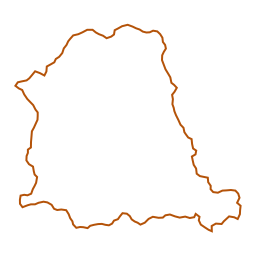 the district of Itaverava, Minas Gerais, Brazil
{"feature_id": "56859067B81013948598468", "entity_name": "Itaverava", "entity_type": "district", "adm_level": 2, "iso_a3": "BRA", "parent_name": "Brazil", "parent_adm1": "Minas Gerais", "projection": "orthographic", "projection_center": [-43.608, -20.678], "detail": "fine", "context": "isolated", "style": "outline", "palette": "amber", "viewbox_px": 256, "rotation_deg": 0, "n_neighbors": 0, "source": "geoboundaries", "source_scale": "gbopen_adm2", "svg_char_len": 2353}
<svg xmlns="http://www.w3.org/2000/svg" viewBox="0 0 256 256"><path d="M165.9,48.6L165.1,44.9L162.9,42.0L162.4,37.7L160.2,34.2L157.3,31.4L153.1,30.7L149.7,32.3L146.4,32.5L142.8,31.6L139.6,29.5L136.1,28.3L132.6,26.6L127.7,24.8L122.1,26.2L117.8,28.6L114.7,30.2L114.0,34.5L111.2,36.6L106.6,38.2L103.0,35.7L99.0,34.2L95.9,32.5L92.6,29.8L87.2,29.8L82.5,32.3L78.3,34.2L73.2,35.4L70.2,38.8L68.2,41.3L66.5,45.0L63.8,48.4L62.3,53.0L59.2,56.8L55.8,59.0L54.3,62.3L51.0,64.2L46.8,66.5L46.4,71.5L44.4,75.5L39.9,73.1L35.1,71.3L32.0,75.1L29.3,78.3L26.6,80.4L21.7,81.4L17.8,82.3L15.4,85.8L18.8,88.4L22.2,90.0L24.2,94.4L27.3,99.0L30.0,101.8L33.2,105.1L35.5,109.6L37.7,112.4L37.7,115.9L37.5,119.8L35.8,123.5L33.9,127.7L31.9,131.3L31.5,136.3L31.0,142.2L30.9,147.5L27.9,149.6L27.9,152.9L26.6,156.0L26.4,160.4L29.0,164.2L33.0,166.6L33.8,171.3L34.6,174.5L37.1,177.0L36.1,182.8L34.5,186.1L32.8,189.2L31.2,193.7L27.5,195.3L24.2,194.8L20.6,195.6L19.9,199.8L20.0,203.8L22.5,207.2L27.8,205.2L31.0,204.3L35.1,204.3L38.5,202.8L43.5,201.7L47.4,202.4L51.6,204.8L54.1,208.8L57.2,210.0L61.3,209.5L66.2,210.2L68.7,214.2L70.2,218.2L72.4,221.3L73.1,224.4L76.3,227.8L80.0,227.0L83.3,227.2L87.6,228.1L90.2,225.8L94.1,224.8L98.0,224.1L101.9,223.9L105.3,224.8L108.9,225.3L112.1,223.6L114.0,220.6L117.9,219.2L120.1,216.1L122.5,213.2L126.9,213.7L129.8,216.1L131.7,219.4L134.7,221.5L137.6,222.7L140.4,224.6L144.8,222.7L148.6,218.9L152.8,216.8L158.6,217.8L162.8,217.6L165.4,215.3L169.9,214.5L175.1,216.4L179.7,217.6L185.2,216.6L189.8,218.0L194.2,217.2L195.7,213.9L199.5,216.8L198.8,220.3L200.8,224.6L204.9,227.4L208.6,229.8L211.8,231.2L211.7,226.0L215.9,223.6L221.6,224.0L223.9,221.2L226.4,218.9L229.1,216.4L234.3,217.3L237.7,219.0L239.9,214.2L240.1,210.2L240.6,205.8L237.1,202.8L239.5,197.8L238.2,193.6L235.4,190.6L230.9,190.0L226.2,190.4L222.4,190.6L217.9,192.7L213.2,192.1L210.6,189.2L210.7,185.8L208.2,182.2L207.8,177.7L203.3,176.8L199.9,176.1L196.7,173.7L196.1,168.5L193.7,164.8L192.7,160.4L191.9,156.5L195.5,154.4L196.2,150.6L193.1,148.5L192.1,144.0L191.6,139.1L188.2,137.5L186.2,134.8L184.4,132.2L183.5,127.8L180.5,124.7L178.4,120.0L176.0,115.2L174.4,111.2L173.7,107.8L172.4,104.2L172.9,99.2L172.1,94.8L174.5,91.8L176.8,87.8L174.1,84.9L171.4,82.8L170.3,77.3L168.0,73.4L165.5,69.3L163.6,64.3L162.0,60.1L162.2,55.3L163.8,51.9L165.9,48.6Z" fill="none" stroke="#b45309" stroke-width="2"/></svg>